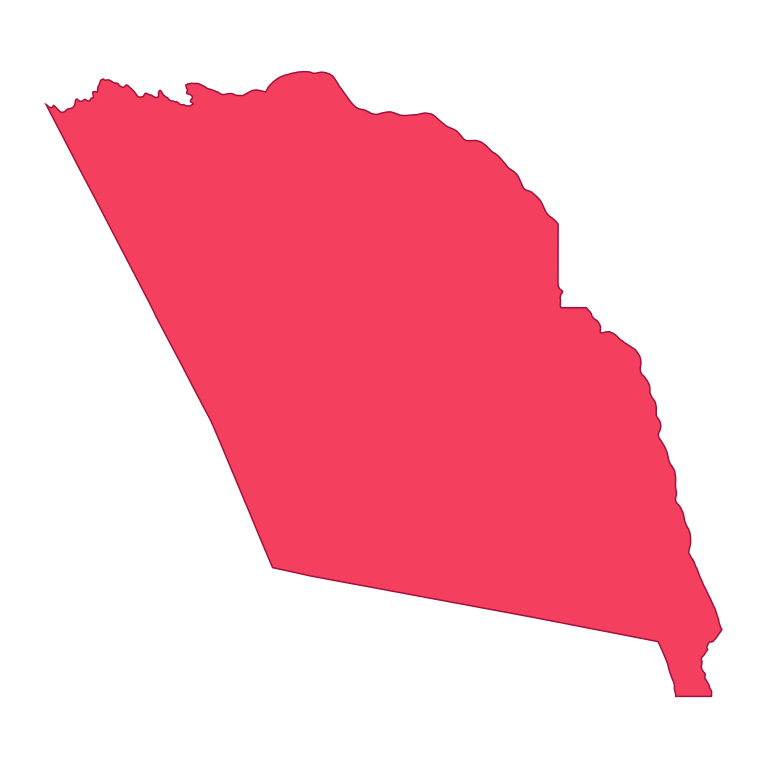 Bura, Coast, Kenya
{"feature_id": "3690345B15022807723985", "entity_name": "Bura", "entity_type": "district", "adm_level": 2, "iso_a3": "KEN", "parent_name": "Kenya", "parent_adm1": "Coast", "projection": "robinson", "projection_center": [39.288, -0.652], "detail": "fine", "context": "isolated", "style": "filled", "palette": "rose", "viewbox_px": 768, "rotation_deg": 0, "n_neighbors": 0, "source": "geoboundaries", "source_scale": "gbopen_adm2", "svg_char_len": 5924}
<svg xmlns="http://www.w3.org/2000/svg" viewBox="0 0 768 768"><path d="M185.8,85.1L186.5,88.2L186.8,88.6L187.5,89.2L187.4,90.2L186.7,92.5L186.8,93.4L187.4,93.9L189.2,94.2L190.5,94.9L192.1,96.2L192.5,97.2L192.5,97.6L192.0,98.4L190.5,100.3L190.4,101.3L190.6,101.8L190.9,102.1L192.3,102.8L193.1,103.5L193.2,103.9L192.9,104.4L191.9,104.7L190.6,105.6L189.6,106.1L188.2,105.9L185.9,105.8L184.3,104.9L183.6,104.6L181.3,104.9L178.9,103.6L177.8,102.4L177.0,101.9L175.5,101.9L174.6,101.7L172.8,100.9L171.4,101.0L170.4,100.7L168.8,99.4L167.7,97.9L166.0,97.0L163.3,94.8L162.6,93.8L161.2,91.3L160.4,90.5L160.0,90.4L159.7,90.5L159.3,90.8L158.8,91.9L158.4,93.5L158.6,96.0L158.3,96.8L157.6,97.3L156.6,97.5L155.0,97.3L152.9,96.2L151.7,95.2L148.7,94.5L148.0,94.2L146.4,93.2L146.0,93.2L145.3,93.4L144.6,94.0L143.2,96.6L142.3,96.9L139.1,97.1L138.2,96.7L137.3,95.9L135.0,92.6L133.4,90.7L130.9,88.3L129.5,87.2L128.4,86.0L127.2,85.1L126.7,85.0L126.0,85.1L125.4,85.6L124.1,87.2L123.1,87.3L122.2,87.1L119.6,85.8L118.0,83.7L117.2,83.2L116.4,83.1L115.2,83.1L113.8,82.7L112.8,82.1L110.8,80.8L109.4,80.1L107.0,79.8L106.0,80.4L105.5,80.4L104.7,80.0L103.4,79.1L103.0,79.0L101.3,79.9L100.6,80.4L100.4,80.9L99.6,83.5L97.9,87.1L97.7,88.7L97.5,91.7L97.2,92.2L96.8,92.2L95.5,91.6L93.0,91.9L92.8,92.2L92.9,94.0L93.2,95.4L93.3,97.2L93.1,97.6L92.7,97.9L91.5,98.1L91.1,98.3L89.8,100.4L89.0,101.0L88.6,101.1L87.9,101.0L85.2,99.4L84.8,99.4L84.0,99.7L82.7,101.0L81.8,101.3L80.2,101.2L79.3,101.0L77.1,99.1L76.6,99.1L75.7,99.9L75.4,100.4L75.0,104.2L74.6,105.3L72.9,107.4L71.3,108.3L68.1,108.9L67.1,109.4L65.0,111.4L64.1,111.9L62.0,112.4L60.7,112.0L60.2,111.7L57.4,109.1L55.2,106.6L53.7,105.4L53.2,105.8L52.5,107.0L51.7,107.8L49.1,107.1L48.5,106.6L47.4,105.4L46.1,104.6L71.7,153.8L78.4,166.9L94.3,196.9L149.3,302.7L153.5,311.1L155.7,316.0L181.6,364.9L192.6,386.2L200.9,401.9L202.0,404.2L210.3,419.7L213.1,425.9L218.6,438.7L245.2,502.3L249.4,512.2L260.8,539.8L272.6,567.6L311.7,576.2L532.9,617.3L658.0,641.6L662.7,651.6L667.7,663.9L668.0,665.6L669.7,672.1L672.4,679.3L673.3,681.2L674.2,684.1L674.4,685.6L674.4,689.1L675.7,694.5L675.7,696.4L711.5,696.4L711.6,696.1L711.5,693.3L711.7,692.2L711.5,691.2L710.7,689.5L710.0,688.5L709.8,687.9L709.6,686.8L709.2,686.0L708.6,684.1L707.5,682.6L706.6,680.7L705.9,679.6L704.9,678.7L704.9,676.5L705.2,674.8L705.2,673.9L705.0,673.4L703.6,672.0L701.8,669.1L701.6,668.0L701.2,666.7L701.7,664.7L702.1,661.6L701.5,660.5L701.3,658.8L701.7,657.3L702.1,656.8L703.4,655.8L705.0,653.7L705.5,652.6L707.7,649.7L706.9,648.1L706.8,647.5L707.0,646.6L708.1,644.1L709.3,642.2L709.7,642.0L711.3,642.0L711.8,641.7L712.2,641.6L712.8,641.7L716.2,637.8L721.9,629.7L720.9,627.8L720.1,625.7L718.9,621.9L718.6,619.8L715.1,609.0L712.2,603.0L710.5,598.9L708.9,595.9L706.8,591.4L703.3,584.5L702.4,582.2L699.5,575.8L697.3,569.5L695.3,565.5L693.9,561.6L692.8,559.6L691.2,557.4L689.1,553.5L688.8,552.5L688.8,551.4L690.3,544.7L690.6,542.8L690.6,539.1L690.1,534.0L689.7,532.3L688.9,530.1L688.2,528.5L686.6,525.9L685.2,522.4L684.4,519.7L683.8,515.6L683.1,513.2L682.3,511.4L681.5,509.5L679.7,506.2L678.3,504.5L676.4,502.8L675.8,501.0L675.5,499.9L675.5,498.5L676.4,494.8L676.6,492.7L675.7,488.6L675.4,484.2L675.7,482.1L675.6,477.5L674.7,471.2L673.6,468.9L672.6,467.2L670.0,463.4L668.7,459.9L667.1,452.5L666.4,450.6L665.4,448.2L663.9,445.3L660.7,440.2L659.2,438.1L658.5,436.4L658.3,434.8L658.5,433.5L660.3,429.4L660.6,427.9L660.8,425.8L660.5,423.7L659.7,420.9L658.6,419.2L656.9,417.0L656.4,415.8L656.2,413.7L656.3,407.4L655.6,403.6L654.9,401.6L653.6,399.5L652.4,398.1L651.0,395.4L650.2,393.6L649.9,392.1L649.9,388.5L649.6,385.6L648.6,383.4L647.1,380.5L644.0,376.3L642.3,374.8L641.4,373.8L640.7,372.0L640.2,368.9L640.3,367.2L640.9,364.5L640.9,363.1L640.8,359.9L640.4,358.3L639.7,356.3L639.0,354.9L635.8,350.2L633.8,348.7L626.5,343.9L624.9,343.0L622.5,341.1L620.4,339.7L616.4,335.7L613.9,333.7L609.2,331.7L606.2,331.9L601.9,333.0L601.4,333.0L600.5,332.5L600.3,332.2L600.2,331.7L600.6,326.9L599.7,324.6L599.1,323.3L598.0,321.8L596.8,320.5L593.5,318.3L592.6,317.0L591.9,315.8L591.1,313.3L590.3,312.2L586.2,307.7L561.1,307.7L560.9,307.4L560.4,306.3L560.2,305.3L560.4,302.4L560.6,300.2L560.1,297.6L560.7,295.7L560.9,294.3L562.3,292.7L562.5,292.2L562.5,291.7L562.5,291.3L562.2,290.8L560.9,290.0L559.5,288.6L558.7,286.9L558.3,286.6L558.0,282.1L558.1,224.2L556.1,221.5L554.4,219.9L552.1,218.0L549.5,216.2L548.3,215.1L546.9,213.4L545.5,211.2L541.9,203.2L540.6,201.1L539.4,199.4L536.3,196.2L532.1,192.5L531.6,192.1L529.4,191.1L526.1,190.1L523.9,188.6L522.8,186.8L522.0,184.7L518.4,176.8L517.5,175.3L516.0,173.6L513.7,171.5L510.2,169.2L508.7,168.1L507.3,166.6L504.9,163.5L500.9,158.8L497.8,155.6L494.9,153.4L492.4,151.9L490.7,150.4L485.4,145.1L481.9,142.5L480.9,142.0L477.8,140.9L475.5,140.5L467.1,140.7L465.8,140.4L463.8,139.1L463.2,138.5L459.1,133.5L456.2,130.7L452.8,128.9L448.6,127.2L446.0,125.8L439.3,120.3L434.8,116.1L432.2,114.4L430.9,113.9L427.8,113.3L424.8,113.0L421.1,113.7L417.0,114.7L413.4,114.9L411.2,115.1L405.4,115.5L402.8,115.5L400.0,115.1L397.5,114.2L394.5,113.0L392.1,112.3L390.5,111.9L389.1,111.9L386.1,112.2L382.4,112.9L377.6,114.3L375.9,114.4L373.1,114.0L370.6,113.1L369.6,112.4L366.8,111.1L366.0,110.5L364.2,109.9L359.3,109.0L357.0,107.9L355.6,106.9L353.5,105.0L351.4,102.8L345.3,94.5L344.2,92.9L339.1,85.8L336.4,81.3L333.7,77.2L332.5,76.0L330.8,74.8L329.2,73.9L327.1,73.1L324.6,72.5L322.4,72.2L320.1,72.3L315.9,73.2L312.9,73.3L310.8,72.3L309.2,71.9L307.0,71.7L304.0,71.6L298.6,72.0L290.6,73.6L288.8,74.3L284.7,75.3L280.5,76.9L277.9,78.4L276.0,79.7L273.3,81.8L268.9,86.3L268.3,87.1L265.8,91.8L265.3,91.9L262.4,91.1L257.1,90.0L256.5,89.9L254.6,90.1L252.3,90.6L250.1,91.5L243.3,95.4L242.6,95.6L235.8,95.3L231.9,93.5L227.9,93.7L224.7,94.5L222.2,94.5L220.4,93.8L218.3,92.3L217.0,91.8L211.7,89.7L207.9,88.7L207.1,88.3L204.2,86.3L199.4,84.0L197.4,83.4L194.1,83.5L191.6,83.3L190.9,83.4L187.7,84.0L185.8,85.1Z" fill="#f43f5e" stroke="#9f1239" stroke-width="1.5"/></svg>